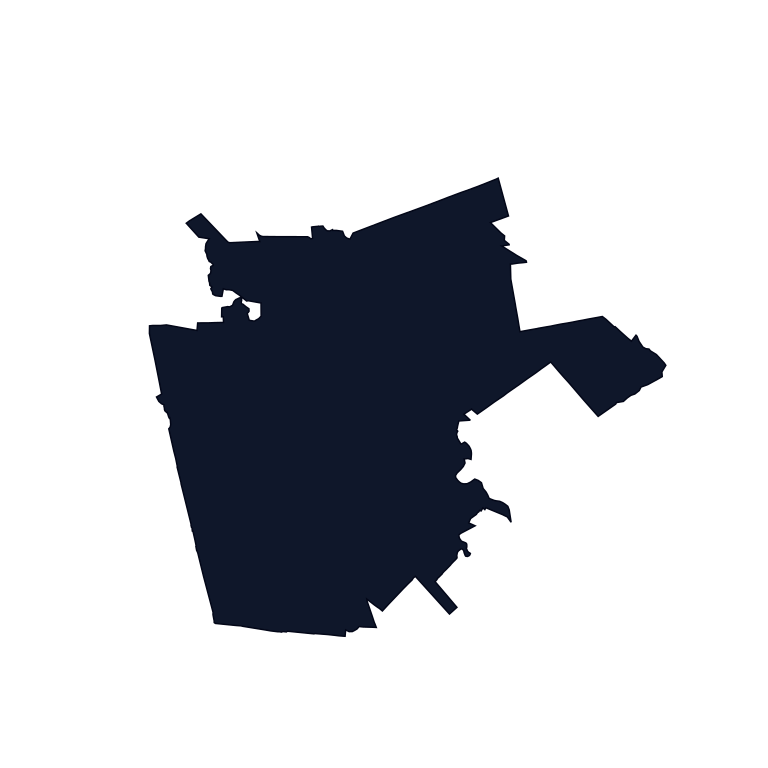 the district of Arad, Arad, Romania, rotated 243°
{"feature_id": "2599482B53905982235691", "entity_name": "Arad", "entity_type": "district", "adm_level": 2, "iso_a3": "ROU", "parent_name": "Romania", "parent_adm1": "Arad", "projection": "orthographic", "projection_center": [21.276, 46.161], "detail": "fine", "context": "isolated", "style": "filled", "palette": "ink", "viewbox_px": 768, "rotation_deg": 243, "n_neighbors": 0, "source": "geoboundaries", "source_scale": "gbopen_adm2", "svg_char_len": 6159}
<svg xmlns="http://www.w3.org/2000/svg" viewBox="0 0 768 768"><g transform="rotate(243 384 384)"><path d="M313.1,630.7L309.8,623.9L314.1,622.0L323.4,618.4L327.9,616.8L330.2,615.9L330.4,615.0L337.5,612.4L340.8,611.2L345.0,609.2L346.5,604.1L349.2,595.2L350.6,590.2L352.1,585.3L353.5,580.2L355.0,575.2L357.1,568.7L358.8,562.7L359.9,558.6L360.9,555.5L362.6,550.0L363.7,546.4L363.7,546.1L364.9,542.2L366.3,537.6L368.9,528.9L375.3,530.9L381.5,532.9L394.4,536.8L394.5,536.9L396.5,537.5L419.9,544.6L433.5,551.1L432.7,552.7L430.9,558.2L429.1,562.7L427.8,566.2L429.0,566.6L429.7,566.3L438.2,560.7L453.6,551.5L451.2,558.7L451.7,558.9L457.4,556.4L461.2,558.7L465.4,556.8L479.5,552.1L477.2,571.2L515.6,579.2L515.6,577.1L517.1,560.9L517.5,556.8L519.0,544.3L519.6,540.0L521.2,526.1L521.6,521.9L523.9,500.6L527.9,468.2L532.5,425.0L528.5,419.4L529.1,418.8L530.3,417.7L531.0,417.0L533.9,415.9L538.9,416.4L542.4,411.4L544.1,408.0L544.9,408.2L545.0,405.1L545.2,404.8L546.2,403.0L547.0,402.6L547.7,402.2L550.2,401.5L550.8,401.4L552.4,401.3L552.6,401.0L553.7,398.4L553.9,397.8L554.5,397.1L554.5,396.9L554.5,396.5L554.9,395.7L556.5,391.6L556.7,390.7L546.2,386.5L546.5,384.6L548.1,384.1L549.9,382.8L561.9,359.3L570.4,343.0L570.8,342.5L571.6,341.6L573.1,340.5L575.0,339.8L575.4,339.7L576.4,339.3L567.3,338.0L568.5,335.8L579.9,310.7L581.2,309.4L584.3,308.4L618.7,298.1L617.7,284.8L617.0,280.8L598.9,285.7L592.8,294.2L590.7,290.5L589.8,289.1L587.3,287.3L585.8,286.5L583.9,285.1L580.0,285.0L578.2,284.3L575.9,283.9L574.0,284.0L572.5,283.9L571.2,285.0L567.9,286.1L567.4,285.8L567.2,285.3L567.3,284.3L567.3,283.5L567.2,283.0L565.6,281.8L563.5,281.3L561.4,279.7L561.0,278.6L560.6,276.8L559.8,276.5L554.9,274.7L553.6,274.6L551.0,273.6L550.1,274.0L549.5,274.4L549.0,274.7L548.4,274.6L547.7,273.2L547.4,272.9L547.0,272.9L545.6,272.9L544.1,273.0L542.4,272.4L541.7,272.3L541.3,272.5L539.2,274.0L538.4,275.1L536.2,278.3L535.7,279.4L541.8,284.1L539.6,286.2L538.8,287.9L538.1,289.1L537.0,290.5L536.0,291.7L533.4,293.0L532.9,293.2L528.9,295.4L520.3,299.3L519.8,300.9L515.7,306.3L512.0,311.2L500.2,305.3L499.1,302.0L499.0,298.6L498.8,297.1L501.7,293.2L502.1,292.9L508.6,294.1L509.2,294.4L509.4,295.5L510.1,296.8L512.4,297.8L515.3,296.2L519.2,294.5L519.7,293.9L520.0,293.7L520.7,293.6L521.4,293.8L522.3,294.4L523.1,295.1L524.5,295.8L525.5,296.1L526.0,296.1L526.2,295.8L526.2,295.1L526.4,293.6L526.4,292.9L526.4,291.6L526.5,290.4L526.0,288.8L525.3,287.4L525.0,287.1L523.3,285.3L522.9,284.6L522.8,281.5L524.0,279.7L524.1,279.2L525.5,274.6L525.3,273.9L517.6,269.8L516.9,271.3L511.7,269.0L515.5,261.1L517.8,256.1L523.0,245.7L516.6,241.7L535.4,217.0L537.6,211.4L541.2,204.3L542.3,201.5L535.5,197.9L509.6,190.9L486.7,184.4L476.0,181.3L475.7,175.4L474.7,175.4L470.7,175.5L467.4,176.8L465.2,178.6L464.3,177.9L462.3,177.4L460.9,176.8L459.6,176.6L457.1,177.5L457.1,178.0L452.4,177.2L450.9,177.2L451.0,177.8L449.7,177.6L444.6,175.5L442.6,173.8L441.8,171.9L433.9,169.9L419.4,166.2L416.7,165.6L412.2,164.6L403.6,162.2L403.7,161.9L388.1,158.3L387.3,157.9L369.6,153.8L346.4,148.4L346.0,148.0L343.6,147.4L342.1,147.6L341.3,146.9L340.0,146.5L339.9,146.9L338.6,146.7L330.7,144.7L324.9,143.1L324.8,142.7L320.8,141.5L319.3,141.5L318.1,141.4L309.1,139.3L294.6,135.9L258.0,128.0L257.4,127.6L256.1,126.9L252.4,125.8L250.2,125.2L248.5,124.4L247.2,125.1L245.4,127.9L235.9,142.7L233.5,146.7L232.2,148.2L218.8,166.5L215.5,170.9L211.2,177.3L211.2,177.7L209.4,180.2L209.4,181.3L209.1,181.9L207.4,184.5L207.6,185.7L193.1,208.3L193.1,209.0L186.2,220.3L182.4,226.1L180.1,229.5L177.6,233.6L176.9,234.8L182.3,238.2L179.2,240.5L177.8,243.4L177.8,245.9L178.0,248.8L179.2,251.7L177.0,255.1L172.4,263.5L170.6,266.6L174.1,267.0L176.0,267.1L182.4,268.1L198.6,270.4L200.3,271.0L195.6,273.2L191.7,275.0L188.0,276.9L186.1,278.0L182.5,279.5L185.6,287.8L192.9,308.4L195.1,315.0L196.6,320.0L197.4,321.3L197.9,322.2L198.4,324.6L149.3,337.9L151.9,347.6L184.7,339.8L185.7,342.4L186.0,342.5L186.4,343.5L186.8,343.9L186.8,344.7L188.4,349.7L188.8,350.1L190.0,353.2L190.0,353.6L192.5,361.0L193.1,362.2L194.4,365.9L194.5,366.5L195.4,369.0L195.9,370.1L196.5,370.4L197.6,370.8L198.0,370.9L200.8,373.0L201.0,373.7L201.3,373.8L201.8,376.0L201.9,376.8L202.1,377.5L201.8,378.4L201.2,378.7L200.9,379.1L199.1,379.3L197.2,378.8L195.2,378.6L194.2,378.5L193.4,378.7L192.4,380.2L192.4,382.1L192.7,382.8L193.7,384.0L194.2,383.9L195.4,383.1L196.8,382.6L197.9,382.6L199.0,382.7L200.2,382.8L200.6,383.0L201.0,383.7L203.2,384.8L204.0,385.0L204.5,385.0L205.1,384.8L205.8,384.3L208.4,382.0L209.0,381.6L210.8,381.4L211.9,381.2L213.4,381.4L214.6,381.8L215.4,382.2L215.7,382.6L216.1,384.9L216.3,400.8L221.8,396.4L224.8,400.1L225.9,407.1L226.9,408.8L227.1,410.5L228.0,411.7L226.8,412.9L228.7,415.8L226.3,416.8L227.5,418.6L214.4,429.8L209.6,433.5L203.1,434.5L215.0,438.4L218.8,438.8L221.8,437.4L224.4,435.9L227.0,433.8L228.9,431.0L230.3,429.3L233.4,426.5L234.7,425.7L237.7,426.0L241.3,425.9L245.9,424.9L251.8,426.0L255.3,424.2L258.1,421.7L257.3,416.6L257.4,412.8L258.8,409.7L260.4,407.8L262.2,406.8L264.8,405.9L268.1,405.4L270.0,406.2L271.5,408.7L273.0,413.6L274.5,417.2L276.8,420.3L279.6,421.1L280.8,421.3L279.5,425.0L277.3,427.3L281.7,430.0L282.9,430.6L285.1,431.4L286.6,431.6L288.3,431.6L288.9,431.6L290.3,431.5L293.8,430.5L295.6,429.5L295.4,425.3L302.5,424.8L303.8,425.3L305.1,425.5L305.9,425.7L306.4,425.9L307.7,427.1L308.1,427.7L308.3,428.0L308.5,428.3L309.0,428.2L309.8,427.8L310.1,427.8L310.3,427.9L310.7,428.4L311.6,429.4L313.0,430.4L317.1,433.9L312.8,444.0L313.0,444.3L320.8,441.5L321.0,443.1L321.7,449.6L321.9,450.7L320.8,451.0L314.8,453.5L316.3,464.1L317.2,469.9L317.9,474.4L319.2,485.1L320.1,489.7L320.9,495.4L321.7,501.2L322.0,503.6L323.7,514.5L324.6,521.4L325.1,524.9L326.1,530.7L327.2,538.1L327.9,542.5L327.3,542.7L315.2,545.6L308.9,547.2L301.9,549.1L299.1,549.8L291.2,551.7L278.8,554.7L274.9,555.7L257.9,560.1L258.0,560.7L260.9,581.3L261.9,582.7L259.8,589.4L261.2,594.6L261.8,598.9L261.2,603.0L262.3,608.5L264.6,611.6L263.7,618.7L264.1,631.9L264.3,635.3L268.6,637.1L272.7,643.6L275.6,643.2L286.5,640.1L292.6,636.4L294.8,636.0L296.6,633.3L299.4,631.4L306.1,630.6L311.5,631.1L312.6,630.9L313.1,630.7Z" fill="#0f172a" stroke="#020617" stroke-width="1.5"/></g></svg>